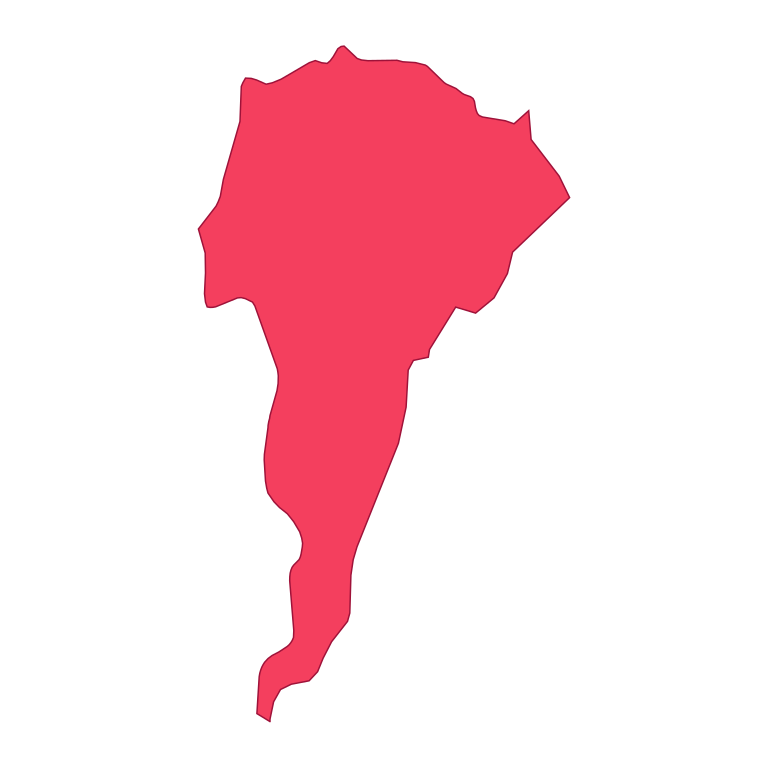 the Department of San Vicente
{"feature_id": "SLV-1353", "entity_name": "San Vicente", "entity_type": "Department", "adm_level": 1, "iso_a3": "SLV", "parent_name": "El Salvador", "parent_adm1": "", "projection": "equal_earth", "projection_center": [-88.756, 13.536], "detail": "fine", "context": "isolated", "style": "filled", "palette": "rose", "viewbox_px": 768, "rotation_deg": 0, "n_neighbors": 0, "source": "natural_earth", "source_scale": "10m", "svg_char_len": 1768}
<svg xmlns="http://www.w3.org/2000/svg" viewBox="0 0 768 768"><path d="M270.5,721.9L256.9,713.6L259.2,676.7L259.8,673.2L260.7,670.1L261.8,667.2L263.1,664.7L264.6,662.3L268.1,658.5L272.1,655.5L278.8,652.0L287.2,646.5L289.1,644.8L290.9,642.6L292.3,640.3L293.5,637.5L293.8,630.6L289.7,580.7L289.8,576.7L290.2,573.1L291.0,570.0L292.1,567.3L293.6,565.2L299.1,559.6L300.3,557.0L301.1,554.0L302.3,547.0L302.6,543.2L301.7,538.0L299.7,531.8L293.7,521.7L287.4,513.8L279.5,507.5L274.0,501.8L268.0,493.1L266.7,488.1L265.5,481.1L264.2,459.9L264.4,454.3L268.0,427.6L268.0,427.2L268.1,425.3L268.8,421.4L269.6,418.5L270.0,415.6L277.0,390.7L278.1,383.6L278.3,375.8L277.9,372.3L277.3,368.8L254.9,306.0L252.5,302.1L245.3,298.6L241.2,297.6L237.5,297.9L215.7,306.8L212.9,307.3L210.0,307.4L207.2,306.9L205.5,302.1L204.5,293.7L205.5,273.0L205.2,253.0L198.4,229.0L216.1,206.1L218.1,202.0L220.3,196.4L223.4,179.3L240.0,121.4L241.3,86.4L242.9,82.7L245.5,78.1L251.3,78.4L256.6,80.0L266.1,84.2L272.3,82.8L281.1,79.2L309.3,62.7L315.3,60.6L321.8,62.8L327.2,63.4L330.3,60.7L333.3,56.6L337.9,48.7L341.1,46.5L344.1,46.1L357.2,58.5L361.5,60.0L368.0,60.7L397.0,60.3L402.9,61.8L415.4,62.6L425.4,65.1L427.4,66.4L444.1,82.6L446.3,84.1L456.0,88.5L462.0,93.2L464.2,94.5L470.5,96.7L473.0,98.5L474.4,101.3L475.5,107.9L476.3,110.8L477.4,113.5L479.1,115.5L482.5,117.0L505.4,120.8L514.0,123.8L528.7,110.7L531.1,139.5L559.2,176.2L569.6,197.6L512.6,252.1L507.4,273.6L494.0,297.9L475.6,313.1L455.7,307.1L429.5,349.5L428.3,357.2L413.4,360.4L408.2,370.1L406.1,407.2L398.4,443.3L357.0,546.8L353.2,559.7L350.9,575.2L349.8,613.1L347.5,621.4L331.6,641.7L323.1,658.2L317.6,671.7L309.1,680.8L291.3,684.2L280.5,689.5L273.6,701.8L270.0,719.1L270.0,721.5L270.5,721.9Z" fill="#f43f5e" stroke="#9f1239" stroke-width="1.5"/></svg>